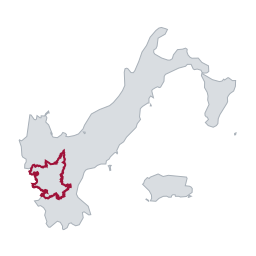 Lombardia, Bergamo, Italy (highlighted), rotated 268°
{"feature_id": "23120603B71310509030930", "entity_name": "Lombardia", "entity_type": "district", "adm_level": 2, "iso_a3": "ITA", "parent_name": "Italy", "parent_adm1": "Bergamo", "projection": "natural_earth1", "projection_center": [9.792, 45.657], "detail": "fine", "context": "in_parent", "style": "outline", "palette": "rose", "viewbox_px": 256, "rotation_deg": 268, "n_neighbors": 0, "source": "geoboundaries", "source_scale": "gbopen_adm2", "svg_char_len": 8455}
<svg xmlns="http://www.w3.org/2000/svg" viewBox="0 0 256 256"><g transform="rotate(268 128 128)"><path d="M35.4,42.8L37.1,43.7L43.8,41.7L47.9,42.9L51.3,40.9L53.5,37.9L53.0,35.6L58.4,32.0L58.9,36.1L61.9,38.9L64.8,39.6L64.2,41.3L67.0,44.8L68.2,44.4L68.5,43.8L67.8,40.9L71.9,35.3L72.1,31.3L72.8,30.9L74.8,31.2L76.5,34.9L83.2,33.7L85.5,36.5L86.5,36.0L84.8,31.2L85.6,28.8L87.4,28.3L88.6,29.5L91.2,29.8L91.3,28.4L90.7,27.4L91.5,23.3L95.4,23.6L97.7,25.1L100.4,25.1L102.6,21.8L104.4,21.0L113.1,20.7L119.5,18.8L120.0,19.2L118.9,20.8L119.3,21.8L123.1,26.6L144.6,30.4L144.3,31.6L139.8,34.6L139.4,35.8L140.1,36.8L143.6,37.5L141.3,40.4L141.3,41.5L143.2,41.6L142.9,45.1L145.2,46.2L147.8,49.2L145.3,49.8L146.3,49.0L143.7,46.0L141.0,47.3L136.8,46.0L133.9,48.8L124.1,52.3L125.8,50.7L125.1,50.7L121.5,52.8L120.8,57.0L123.6,61.2L125.8,62.7L124.8,65.3L123.5,66.3L121.8,65.6L121.3,67.9L122.3,74.0L123.8,78.3L128.8,83.1L132.3,84.6L143.3,91.9L147.4,100.1L151.0,110.4L154.0,114.3L160.0,119.8L165.5,123.8L170.6,126.3L183.9,126.2L187.3,127.1L187.8,128.8L187.2,130.0L183.3,132.9L183.1,135.2L185.0,136.8L194.1,141.1L203.5,144.7L209.8,149.4L218.0,153.3L224.5,159.3L226.8,162.4L227.3,164.9L225.9,169.1L225.1,170.9L220.5,168.4L216.7,161.2L208.8,159.9L206.4,158.7L205.1,156.5L202.6,156.3L200.9,157.4L196.7,164.2L194.5,170.1L194.4,172.4L195.7,174.7L199.6,176.0L204.6,180.2L204.9,185.3L205.8,188.3L204.6,189.9L202.1,189.5L198.8,190.6L196.5,192.5L195.5,194.3L195.4,200.7L191.0,204.1L187.3,210.6L181.7,210.7L180.3,208.7L180.2,205.7L181.1,203.9L183.2,203.0L184.5,199.2L184.0,196.4L184.8,195.2L189.4,193.3L189.5,189.5L187.7,187.7L186.1,180.8L180.3,167.3L178.4,166.0L173.5,165.6L167.7,162.0L167.3,160.6L168.2,159.1L167.5,157.2L165.6,153.8L164.4,153.0L157.3,154.5L159.2,151.7L156.7,149.9L152.2,149.9L152.3,148.7L149.0,143.2L146.9,141.0L138.7,139.9L136.1,140.8L132.0,137.4L128.3,136.1L118.9,126.2L114.4,123.2L111.6,118.9L105.9,116.0L103.3,116.7L102.6,116.2L104.0,115.3L103.7,113.7L99.8,109.4L97.6,108.0L96.0,105.3L92.8,104.6L92.9,99.6L91.7,96.1L89.5,93.2L88.3,86.1L87.3,84.1L85.0,82.5L79.8,80.8L72.5,76.3L63.8,74.1L60.3,75.7L51.2,85.5L42.7,87.8L42.5,85.8L45.8,81.2L45.1,79.5L39.9,80.1L33.0,75.9L32.1,72.3L34.1,68.8L35.2,68.0L34.6,65.7L30.5,63.7L28.8,60.6L28.7,59.6L29.8,59.0L32.2,59.2L36.1,57.1L37.3,54.1L31.5,46.6L31.8,45.1L35.4,42.8ZM125.4,85.0L125.6,83.2L123.9,84.3L124.4,85.2L125.4,85.0ZM180.0,203.7L173.4,214.0L171.2,220.9L171.6,223.5L173.5,225.4L172.6,226.2L174.7,229.4L174.7,230.3L171.7,234.0L171.7,237.2L166.0,236.8L161.3,234.9L158.9,231.2L157.0,229.6L155.0,228.4L151.0,228.5L149.2,227.7L138.3,220.4L134.1,218.5L129.3,218.0L127.3,216.4L125.8,213.2L127.6,208.3L130.8,205.5L133.7,208.7L136.1,207.6L136.3,206.6L138.0,205.4L140.2,205.4L148.7,209.8L153.2,208.6L157.2,209.1L160.9,208.4L165.7,205.9L171.3,206.2L177.7,203.2L180.0,203.7ZM78.1,148.5L81.0,156.5L78.3,161.4L79.3,166.7L76.9,184.7L75.6,185.3L68.3,183.2L67.7,187.3L66.8,189.0L65.3,190.1L61.4,189.8L57.5,183.9L57.2,178.0L58.0,176.3L58.1,173.0L59.6,172.8L59.8,170.5L58.9,169.3L57.4,168.8L57.4,166.3L58.5,164.3L58.5,160.9L56.6,156.5L53.8,153.3L54.4,147.8L56.8,149.2L60.3,149.1L64.5,147.0L71.3,140.6L72.2,141.7L75.1,142.8L77.8,145.6L76.8,147.4L78.1,148.5ZM90.8,106.9L91.4,108.2L91.2,109.9L89.8,108.9L86.4,109.3L86.1,108.4L90.2,107.6L90.8,106.9ZM58.5,186.8L57.6,188.9L56.5,186.1L56.6,185.8L58.5,186.8ZM56.5,143.8L54.9,146.1L54.1,146.0L56.1,143.4L56.5,143.8ZM119.4,235.8L117.5,235.3L117.4,234.3L118.9,234.4L119.4,235.8ZM150.9,151.5L149.3,152.1L149.3,151.0L150.9,151.5Z" fill="#d9dde1" stroke="#a8b0b8" stroke-width="1"/><path d="M71.0,68.6L71.7,68.6L71.5,68.3L71.6,68.0L72.0,68.7L73.1,68.5L72.8,68.2L73.2,67.6L72.5,67.1L72.4,66.9L72.9,66.6L73.0,66.2L73.7,65.8L73.5,65.4L73.3,64.8L72.6,64.6L72.5,64.3L72.3,64.2L72.6,63.7L72.4,63.5L73.0,63.2L73.4,62.1L73.7,62.0L73.9,61.6L73.9,61.0L74.3,60.5L74.5,60.5L74.5,60.3L74.9,60.4L75.0,60.1L75.9,59.9L76.5,60.4L76.8,60.1L76.6,59.5L76.7,59.3L77.1,59.9L77.4,60.0L77.8,59.7L77.9,59.3L78.1,59.3L78.3,59.6L78.2,60.3L78.9,60.4L79.5,60.8L80.1,60.4L80.0,59.7L80.6,60.2L81.1,60.4L81.2,60.9L81.3,61.0L81.5,60.8L81.5,60.1L81.9,60.1L82.2,60.5L82.5,60.4L82.6,60.1L82.2,59.7L82.2,59.4L82.9,59.2L82.8,60.0L84.0,59.3L84.7,60.1L84.5,60.5L85.0,60.8L85.0,61.2L85.5,61.1L85.7,61.5L85.9,61.6L86.8,61.1L87.3,61.5L87.7,61.3L88.4,61.7L88.7,62.1L89.2,62.1L89.3,62.3L90.1,62.8L90.9,62.4L91.4,63.2L92.8,63.9L93.6,64.0L94.5,63.6L95.5,62.3L95.6,62.9L96.2,62.2L96.4,62.5L96.4,63.1L97.9,63.4L98.2,63.6L98.4,63.5L98.6,63.8L99.0,63.7L98.9,63.9L99.3,63.6L99.7,63.7L100.6,63.0L101.6,63.1L101.9,62.8L102.6,63.0L103.2,63.5L104.7,63.1L105.2,63.3L105.3,63.0L105.6,62.8L106.5,63.1L106.9,62.9L107.3,63.1L107.7,63.1L107.5,62.8L106.2,62.3L105.7,61.8L105.2,61.7L105.0,61.4L105.1,61.1L105.0,60.9L104.6,61.2L104.0,60.8L103.5,60.8L103.5,60.5L103.8,60.3L103.6,60.2L104.0,59.7L103.1,59.4L102.7,59.9L102.3,59.7L102.2,59.9L102.3,60.1L101.9,60.0L101.1,59.5L101.5,58.9L101.2,58.9L101.1,58.7L100.6,58.9L100.6,58.2L100.4,57.9L99.6,57.6L99.6,57.2L98.1,56.7L97.8,56.1L97.1,55.5L96.3,56.1L96.2,56.0L96.2,55.5L95.8,55.5L95.9,55.1L95.5,54.9L95.5,54.7L95.9,54.4L95.7,54.1L96.0,53.8L95.9,53.4L95.1,53.1L94.9,53.4L94.9,52.9L94.4,52.9L94.8,52.7L94.5,49.4L95.8,48.0L98.0,44.7L97.2,44.7L96.9,44.5L96.6,44.8L96.2,44.5L95.8,44.6L95.6,44.5L95.3,44.8L94.9,44.7L95.0,44.9L94.7,45.3L94.2,45.3L93.2,45.7L92.9,45.6L93.0,45.3L92.8,45.3L93.1,45.0L92.4,44.7L92.4,43.8L92.2,43.6L92.5,42.9L92.1,42.4L92.2,41.8L91.6,41.7L91.6,41.4L91.7,41.0L92.1,40.7L92.0,40.1L93.0,39.1L93.2,38.6L93.1,38.2L93.4,37.8L93.0,37.3L93.5,36.6L93.5,36.4L93.8,36.1L93.6,35.5L93.3,35.3L93.6,35.0L93.4,34.7L93.4,34.4L92.6,34.0L92.7,33.8L93.0,33.8L93.0,33.7L93.4,33.4L94.1,33.3L94.5,32.9L94.3,32.6L94.3,31.9L94.0,31.5L93.1,31.0L91.9,30.9L91.6,30.6L91.6,30.2L91.0,29.8L90.7,29.9L89.9,29.7L89.7,29.9L89.0,29.8L88.8,29.4L88.1,29.2L88.1,28.9L88.4,28.6L88.1,28.0L87.6,28.4L87.3,28.2L86.3,28.6L85.8,28.5L85.8,29.1L85.5,29.3L85.5,29.5L84.9,30.0L85.0,30.4L84.9,30.7L85.0,30.8L84.9,31.3L85.0,31.6L84.8,32.0L85.5,32.5L86.3,32.2L86.9,32.7L86.8,33.2L86.3,33.4L86.3,33.7L85.9,33.9L85.9,34.3L86.1,34.7L86.7,35.1L87.1,35.9L86.3,36.5L85.7,36.5L85.3,36.7L84.9,36.4L85.2,36.1L85.1,35.7L84.1,35.3L84.2,34.7L83.9,34.5L84.1,33.9L83.6,33.7L83.5,33.4L82.9,33.6L82.6,33.3L82.0,33.7L81.4,33.7L80.5,34.3L79.9,33.9L79.6,34.1L79.7,34.3L79.5,34.5L79.5,35.1L79.1,35.1L78.9,34.9L78.3,35.3L77.9,35.3L76.7,34.9L76.2,34.3L75.9,33.7L75.4,33.4L75.5,33.1L75.2,32.5L75.4,31.4L75.4,31.2L75.2,31.2L75.3,31.2L75.4,30.6L74.9,30.9L74.5,31.5L74.0,31.1L73.9,30.8L73.7,30.6L72.4,30.9L72.3,31.2L72.4,31.6L71.9,31.9L71.9,32.2L72.4,32.7L72.3,33.0L72.5,33.2L72.3,33.6L72.7,33.8L72.6,34.3L72.4,34.8L72.5,35.1L71.9,35.7L71.9,36.4L71.4,36.4L71.4,36.8L71.1,36.9L71.0,37.5L70.8,37.7L70.4,37.7L69.8,38.4L69.0,38.7L69.3,39.4L69.1,39.9L68.2,40.1L67.9,40.5L68.3,41.4L67.6,41.8L68.0,42.1L68.1,42.7L68.8,42.9L69.0,43.1L69.0,43.3L68.7,43.9L68.3,44.9L68.1,45.0L67.7,44.9L67.7,44.7L67.3,44.7L67.1,44.5L66.3,44.8L66.5,44.4L66.9,44.0L66.7,43.9L66.6,43.2L66.0,42.7L66.1,42.1L65.6,42.0L65.0,41.5L64.3,41.5L64.6,40.8L65.0,40.5L65.1,40.3L65.2,40.2L65.4,39.9L65.4,39.7L64.6,39.1L64.3,39.3L63.9,39.1L63.6,38.7L63.0,39.3L63.3,40.8L60.7,43.3L61.1,44.7L60.9,45.1L60.5,45.3L60.4,45.8L61.1,46.8L61.9,47.0L62.1,47.2L61.9,47.9L62.5,48.0L62.4,48.3L62.6,48.8L62.2,48.8L62.2,49.1L62.5,49.1L62.9,49.5L62.9,49.8L62.7,50.0L62.9,50.2L63.1,51.0L63.1,51.3L63.3,51.6L64.3,51.9L64.3,52.4L64.6,52.8L64.6,53.0L64.9,53.0L65.2,53.8L64.6,53.9L64.5,54.2L63.9,53.9L63.8,54.2L63.1,54.2L63.2,54.3L63.8,54.8L63.5,55.1L63.2,55.1L63.1,55.7L62.7,56.0L62.2,56.0L62.1,55.2L61.7,55.0L61.7,54.8L61.5,54.6L60.8,54.8L60.4,54.5L60.0,54.9L60.1,55.5L59.7,55.5L59.5,56.0L59.8,56.0L59.8,56.3L60.1,56.3L60.1,56.7L60.2,56.8L59.9,56.7L59.9,56.9L60.4,57.0L60.0,57.1L59.9,57.4L60.3,57.8L59.9,57.9L60.3,58.0L60.8,57.7L60.8,57.8L60.4,58.1L60.2,58.5L60.4,58.6L60.4,58.8L60.8,58.9L61.0,59.3L61.4,59.4L61.3,59.8L61.9,60.5L61.9,60.9L61.7,61.2L62.0,61.3L62.1,61.7L62.4,61.4L62.7,61.6L63.0,61.3L63.2,61.6L63.6,61.6L63.6,61.9L63.9,61.8L64.0,61.9L64.1,61.6L64.4,61.6L64.4,61.3L64.7,61.4L64.8,61.3L64.8,61.1L65.1,61.2L65.5,61.1L65.9,60.8L66.1,61.0L66.1,61.9L66.3,62.3L67.1,62.3L67.4,63.0L67.2,63.2L67.6,63.5L67.7,64.0L68.2,64.4L68.6,64.4L68.9,64.9L68.5,65.2L68.9,65.6L68.9,65.9L69.3,65.8L69.5,66.1L70.4,65.9L70.3,66.0L70.6,66.3L70.5,66.8L71.2,67.2L71.0,68.6ZM72.5,68.3L72.5,68.2L72.7,68.3L72.5,68.3ZM67.4,41.6L67.2,41.6L67.1,42.0L67.4,42.0L67.4,41.6ZM62.8,61.8L62.9,61.7L62.8,61.8Z" fill="none" stroke="#9f1239" stroke-width="2"/></g></svg>